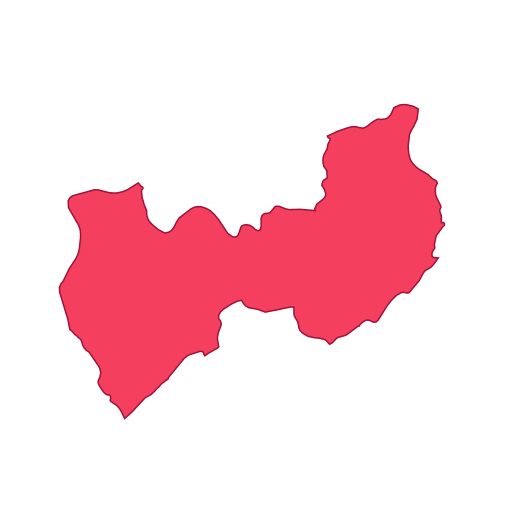 Bengo, Albers equal-area conic projection, rotated 252°
{"feature_id": "AGO-1877", "entity_name": "Bengo", "entity_type": "Province", "adm_level": 1, "iso_a3": "AGO", "parent_name": "Angola", "parent_adm1": "", "projection": "albers", "projection_center": [13.878, -9.029], "detail": "fine", "context": "isolated", "style": "filled", "palette": "rose", "viewbox_px": 512, "rotation_deg": 252, "n_neighbors": 0, "source": "natural_earth", "source_scale": "10m", "svg_char_len": 4249}
<svg xmlns="http://www.w3.org/2000/svg" viewBox="0 0 512 512"><g transform="rotate(252 256 256)"><path d="M181.0,192.5L180.2,190.4L178.3,180.9L176.9,176.4L178.8,176.0L180.2,176.1L181.2,175.9L182.2,174.4L182.6,173.0L182.7,162.4L182.1,159.3L180.7,155.9L167.7,135.5L166.1,134.2L164.1,127.8L162.9,125.3L161.8,123.7L160.1,120.0L159.1,118.5L156.6,113.2L155.4,106.7L146.0,89.9L142.0,80.8L143.0,80.7L149.8,79.8L153.4,78.9L156.0,77.8L157.3,77.1L158.4,76.3L159.2,75.5L162.9,72.8L163.5,72.7L164.1,72.9L164.9,73.4L165.6,73.8L166.4,74.0L167.8,74.2L168.6,74.0L169.1,73.5L169.4,73.0L169.5,72.4L169.9,71.8L170.4,71.0L172.1,69.8L173.7,69.0L177.1,67.9L182.4,66.7L183.9,66.7L185.0,66.9L186.3,67.5L188.8,69.9L189.4,70.3L191.3,71.3L191.8,71.8L192.9,72.2L194.5,72.5L197.8,72.6L199.5,72.4L215.7,67.7L216.7,67.2L217.7,66.3L218.6,65.6L219.9,64.9L222.7,63.9L224.6,63.7L229.4,63.7L230.8,63.4L231.8,63.0L232.3,62.5L232.9,62.1L233.5,61.7L235.5,60.9L236.6,60.0L237.1,59.6L237.8,59.2L241.2,57.8L242.4,57.1L243.5,56.2L253.7,57.5L282.3,58.1L286.8,59.3L289.7,61.8L291.7,64.9L301.6,74.4L309.7,84.5L313.0,87.4L317.0,90.0L327.9,94.9L332.1,96.2L335.4,96.9L340.1,96.8L359.9,92.6L366.6,94.5L368.7,96.7L370.0,99.9L368.9,122.9L367.8,126.1L361.8,135.6L360.1,139.4L358.9,143.3L358.3,149.3L358.8,154.6L361.9,166.6L358.2,168.1L356.8,169.2L356.2,169.6L355.5,169.5L354.8,169.0L354.2,167.9L353.9,167.6L353.3,167.2L352.6,167.0L346.8,165.8L346.0,165.7L342.4,165.7L340.7,165.5L339.5,165.5L333.4,166.0L332.6,165.9L329.6,165.0L327.9,164.7L324.3,164.7L322.0,165.1L317.6,167.2L311.4,171.1L306.0,176.3L305.7,180.5L305.8,181.8L306.8,184.1L309.0,187.2L312.6,190.6L316.0,194.8L320.9,208.7L321.4,211.9L321.1,215.2L320.1,218.3L318.3,221.3L315.9,224.1L313.0,226.7L308.2,229.3L302.1,231.7L286.0,236.2L281.2,240.0L280.4,242.8L280.9,244.8L283.1,246.9L287.9,250.4L288.9,251.6L289.2,253.2L289.0,255.9L287.2,259.6L284.4,261.9L281.5,263.4L279.5,265.5L279.5,268.0L282.9,270.2L290.2,272.4L292.7,274.3L293.8,277.1L293.1,280.0L292.8,282.5L294.9,286.0L297.1,289.4L297.0,290.6L296.2,293.2L291.6,298.8L289.9,301.9L286.6,312.8L280.9,326.3L282.4,326.2L286.4,329.7L289.6,338.1L291.7,340.8L294.0,341.6L297.5,341.6L300.8,341.1L302.6,340.4L304.0,341.0L306.6,342.9L306.9,343.3L307.3,344.1L308.0,347.4L308.9,348.1L313.6,349.2L314.6,349.6L315.5,349.7L320.3,348.2L323.5,348.5L326.6,349.3L329.2,350.5L331.4,352.0L335.2,356.0L336.3,357.0L340.0,358.9L340.9,359.7L343.3,362.3L344.3,362.7L345.3,362.1L346.3,361.3L347.1,360.9L348.0,360.9L349.4,372.2L349.6,382.4L349.3,387.4L348.1,391.1L346.2,393.8L344.4,397.7L344.8,401.1L347.6,408.7L348.6,413.7L347.3,417.2L346.4,420.7L346.6,423.8L348.3,427.1L350.4,429.4L354.5,433.0L355.2,439.3L354.7,442.1L353.6,445.6L349.8,451.8L345.7,455.8L336.4,451.5L330.3,445.8L327.7,442.7L324.2,439.6L313.8,434.8L309.5,433.6L305.5,432.8L302.3,432.6L299.1,432.7L295.8,433.6L292.5,435.1L289.2,437.0L280.4,444.7L275.1,447.6L272.4,450.2L271.5,450.6L270.2,451.0L269.4,450.9L268.9,450.7L268.4,450.3L267.7,449.4L266.3,448.3L264.2,447.2L260.3,446.1L257.7,445.8L255.5,445.9L247.3,447.1L245.7,447.1L244.6,446.5L244.1,445.8L242.8,444.9L241.4,444.6L237.2,444.7L235.2,444.2L231.3,442.8L230.3,442.8L230.0,443.1L230.1,443.7L230.2,444.2L229.9,444.8L228.5,445.2L227.7,445.1L227.1,444.7L226.0,442.5L221.8,436.8L221.0,435.5L220.2,434.3L218.5,433.0L212.0,429.3L210.6,428.9L208.9,428.7L208.1,428.3L207.6,427.8L207.0,426.9L206.2,425.7L204.1,424.2L202.5,423.6L201.3,423.5L200.6,423.7L200.0,424.1L199.6,424.7L197.8,428.8L193.1,422.2L191.3,419.0L189.7,412.1L187.5,409.2L182.1,403.6L173.8,390.2L174.1,388.1L175.4,386.1L176.3,383.2L175.2,377.4L172.1,371.3L168.3,365.5L157.2,352.3L156.1,349.7L156.8,347.2L159.9,343.9L160.9,341.3L160.7,338.9L159.8,336.1L158.7,333.7L157.5,332.7L157.6,331.1L153.1,318.0L152.9,315.3L153.2,308.9L152.6,306.8L149.9,301.8L149.3,298.7L154.0,296.6L155.1,295.8L158.0,291.3L160.4,286.0L163.5,280.7L168.5,276.3L171.9,274.8L174.4,274.6L179.5,275.3L182.7,275.0L184.8,274.3L186.7,274.0L189.6,274.3L195.6,276.2L196.8,273.1L199.7,247.6L205.0,240.7L209.1,233.1L211.9,230.6L214.4,229.5L218.4,228.5L218.8,224.0L217.8,217.4L215.4,208.4L213.5,204.6L211.0,202.1L208.2,201.2L205.4,202.1L203.1,202.1L201.5,201.8L194.9,196.6L191.8,194.8L189.1,193.7L181.1,192.5L181.0,192.5Z" fill="#f43f5e" stroke="#9f1239" stroke-width="1.5"/></g></svg>